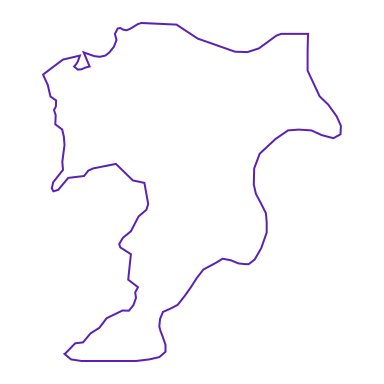 an SVG outline of Moray
{"feature_id": "GBR-2014", "entity_name": "Moray", "entity_type": "Unitary District", "adm_level": 1, "iso_a3": "GBR", "parent_name": "United Kingdom", "parent_adm1": "", "projection": "mercator", "projection_center": [-3.358, 57.403], "detail": "fine", "context": "isolated", "style": "outline", "palette": "violet", "viewbox_px": 384, "rotation_deg": 0, "n_neighbors": 0, "source": "natural_earth", "source_scale": "10m", "svg_char_len": 1603}
<svg xmlns="http://www.w3.org/2000/svg" viewBox="0 0 384 384"><path d="M43.1,74.5L62.9,59.6L79.9,55.6L77.8,61.5L76.3,64.0L74.1,66.5L77.8,69.6L81.4,69.3L85.3,67.6L89.6,66.5L83.7,52.4L94.2,56.1L99.8,56.8L105.3,55.6L109.3,52.5L113.9,46.8L116.5,40.0L114.9,33.9L117.7,28.5L120.3,28.0L123.0,29.6L126.6,30.3L130.2,28.8L137.8,24.1L141.2,23.0L176.5,24.6L197.7,38.6L235.0,51.7L247.4,52.1L258.9,48.4L276.4,35.6L281.1,33.9L308.1,33.9L307.9,38.2L307.6,51.1L307.6,70.6L319.6,96.3L328.4,104.8L336.7,116.4L340.9,125.8L340.5,134.3L333.4,138.2L321.7,135.1L311.3,130.4L298.8,129.6L288.0,130.4L275.5,139.0L259.7,153.7L254.2,168.4L253.8,184.6L255.9,193.9L260.9,203.2L265.9,213.2L266.7,222.5L266.7,232.5L261.3,248.0L254.7,259.5L248.8,264.1L244.7,264.1L238.4,263.4L230.9,260.3L222.6,258.7L216.3,262.6L203.4,269.5L196.8,278.0L190.9,287.2L184.3,296.5L177.6,304.9L170.1,308.8L163.0,311.9L160.1,318.8L159.3,326.4L160.5,331.0L162.6,336.4L165.5,344.9L165.5,351.8L159.3,357.1L149.3,359.4L135.9,361.0L121.4,361.0L100.5,361.0L81.4,361.0L71.0,359.4L64.5,353.9L65.5,353.3L75.2,343.3L83.0,342.4L90.6,333.3L99.4,327.8L106.6,318.2L122.5,310.5L128.9,310.7L133.4,305.2L136.0,297.9L135.2,292.4L138.0,287.2L128.2,279.7L130.9,254.2L120.3,247.4L119.2,244.0L123.0,237.7L130.9,231.3L138.6,216.4L146.4,209.8L148.2,204.0L144.4,182.9L132.8,180.4L115.9,163.9L93.2,168.4L88.3,170.6L84.1,176.0L68.2,177.9L58.2,189.9L53.4,191.3L51.8,188.3L53.2,182.2L63.0,169.9L62.3,161.8L64.5,145.1L63.9,137.0L62.2,129.5L55.3,124.3L55.7,115.3L54.0,110.0L55.9,106.5L56.1,100.4L50.4,96.5L47.9,85.3L43.3,75.2L43.1,74.5Z" fill="none" stroke="#5b21b6" stroke-width="2"/></svg>